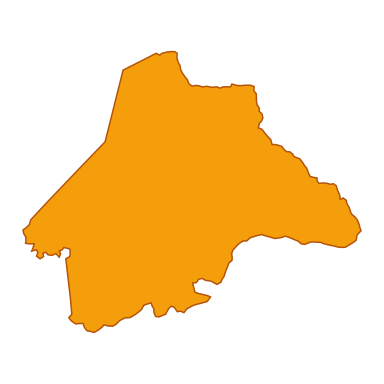 outline of Olho d'Água, Paraíba, Brazil
{"feature_id": "56859067B14089338060229", "entity_name": "Olho d'Água", "entity_type": "district", "adm_level": 2, "iso_a3": "BRA", "parent_name": "Brazil", "parent_adm1": "Paraíba", "projection": "albers", "projection_center": [-37.728, -7.279], "detail": "fine", "context": "isolated", "style": "filled", "palette": "amber", "viewbox_px": 384, "rotation_deg": 0, "n_neighbors": 0, "source": "geoboundaries", "source_scale": "gbopen_adm2", "svg_char_len": 2738}
<svg xmlns="http://www.w3.org/2000/svg" viewBox="0 0 384 384"><path d="M210.5,297.0L207.5,295.6L203.2,294.6L198.6,293.5L195.0,292.2L193.3,285.9L192.7,282.9L196.3,282.6L198.6,279.3L202.1,278.4L205.6,280.4L210.9,281.0L213.6,282.6L217.0,284.4L220.8,282.3L222.1,279.3L224.0,276.5L225.1,272.8L227.3,267.2L229.0,262.9L232.0,260.4L232.2,257.0L231.6,254.0L232.7,250.4L237.2,245.3L239.6,243.2L243.3,240.9L246.8,240.9L250.1,237.7L254.0,236.6L257.2,235.5L261.8,234.6L266.5,236.1L270.2,237.1L274.9,238.5L281.2,237.6L285.3,236.1L288.9,237.4L292.9,239.0L298.2,241.2L301.2,243.8L304.5,244.4L307.3,243.4L310.6,242.0L313.8,242.0L317.5,242.2L320.7,242.3L323.5,243.6L328.4,244.9L333.9,246.0L338.1,247.1L341.9,247.4L345.3,247.3L347.9,245.7L353.5,242.3L356.2,240.1L357.0,235.0L361.0,230.8L359.9,227.6L359.1,224.3L357.5,220.3L355.3,217.3L351.3,213.8L349.1,207.4L346.8,203.4L346.3,200.3L343.2,198.0L340.3,199.4L339.6,194.8L337.7,190.6L336.3,185.9L333.4,183.7L330.6,184.3L325.9,183.1L322.2,183.0L319.0,183.4L317.1,181.1L317.1,178.0L314.1,177.5L310.2,176.5L308.4,172.9L306.7,168.1L304.7,165.9L302.8,162.8L299.9,158.9L297.1,157.8L294.2,156.7L292.7,154.2L289.7,151.8L286.7,151.7L284.3,149.7L281.7,146.4L277.9,145.1L275.1,144.5L272.1,144.6L270.7,139.5L268.3,137.2L264.6,132.8L261.9,129.3L258.4,127.8L259.4,123.3L261.6,120.9L262.9,117.9L262.0,113.9L259.2,111.4L259.3,108.3L257.2,104.9L256.4,101.1L256.5,98.1L256.2,93.7L253.9,90.9L254.1,86.5L250.3,85.2L245.4,85.2L240.5,85.7L235.9,85.3L231.9,84.0L230.6,86.8L227.5,86.8L223.0,86.9L219.7,88.2L216.9,86.8L211.9,87.3L207.0,86.3L202.6,86.9L199.0,85.8L195.9,85.4L192.2,86.2L189.0,83.9L187.4,79.8L184.9,76.7L182.3,73.0L180.7,69.7L180.1,65.9L178.2,62.2L176.9,58.0L177.1,53.2L174.6,51.6L171.0,51.6L166.7,52.1L162.2,53.2L159.7,55.1L156.2,53.3L123.1,70.1L113.9,106.8L105.1,141.8L81.0,166.8L47.7,201.6L30.6,220.0L29.5,224.4L25.9,228.0L23.0,229.9L23.7,233.6L25.7,236.8L26.0,239.8L25.6,243.3L30.0,243.9L34.2,243.8L32.9,248.2L31.7,251.1L36.3,249.8L37.9,252.5L36.5,256.1L40.0,258.8L43.5,256.6L43.0,253.3L45.8,252.2L48.0,254.8L52.0,255.4L55.9,253.5L59.2,257.2L60.7,253.6L59.2,251.0L62.2,249.8L63.9,247.5L69.9,249.0L70.2,253.6L69.7,256.6L65.8,258.8L70.5,299.2L71.8,314.2L68.8,317.6L70.9,320.5L73.5,322.5L76.0,324.0L78.9,323.5L83.1,323.5L84.5,327.5L86.9,330.7L90.8,331.5L94.1,332.4L98.1,330.2L102.0,327.2L103.9,324.8L108.2,326.0L112.8,326.2L115.8,324.5L119.7,320.6L124.8,317.9L130.1,317.6L135.3,314.5L138.7,311.9L141.6,309.4L143.8,305.3L147.2,304.0L151.2,303.0L152.2,306.1L153.9,308.9L153.9,312.2L155.6,316.4L158.9,316.9L165.5,314.3L168.8,308.4L171.1,306.2L174.3,307.4L177.3,311.7L180.5,311.1L183.9,312.7L186.9,308.8L193.2,305.4L196.7,304.3L200.1,303.5L207.2,301.5L210.5,297.0Z" fill="#f59e0b" stroke="#b45309" stroke-width="1.5"/></svg>